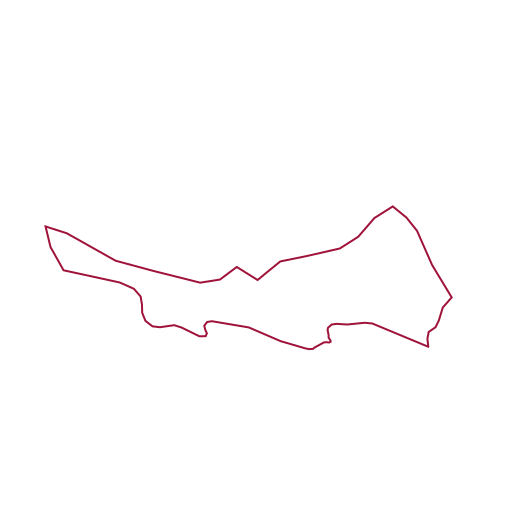 SVG path tracing the border of Moroto, rotated 122°
{"feature_id": "UGA-3127", "entity_name": "Moroto", "entity_type": "District", "adm_level": 1, "iso_a3": "UGA", "parent_name": "Uganda", "parent_adm1": "", "projection": "natural_earth1", "projection_center": [34.678, 2.605], "detail": "fine", "context": "isolated", "style": "outline", "palette": "rose", "viewbox_px": 512, "rotation_deg": 122, "n_neighbors": 0, "source": "natural_earth", "source_scale": "10m", "svg_char_len": 1020}
<svg xmlns="http://www.w3.org/2000/svg" viewBox="0 0 512 512"><g transform="rotate(122 256 256)"><path d="M241.7,61.9L251.6,121.6L255.0,128.4L265.8,142.4L270.9,151.8L274.0,155.5L278.7,156.9L280.8,156.1L284.6,152.5L286.0,151.7L286.8,151.0L288.3,147.9L289.2,147.3L290.5,148.0L291.2,149.4L291.8,150.7L292.5,151.4L293.1,152.5L302.7,157.9L304.5,158.4L306.9,161.7L308.2,165.2L315.2,190.1L320.4,224.3L334.7,258.9L337.9,262.5L342.6,262.9L345.4,260.0L347.6,256.7L350.7,256.2L354.1,261.5L356.1,281.2L358.0,288.7L367.3,299.7L370.5,306.5L369.6,315.4L364.5,322.4L357.7,326.9L351.5,332.4L348.5,342.2L350.7,357.6L363.9,394.4L370.1,411.6L357.3,435.0L342.5,450.1L337.0,428.6L334.4,372.5L322.9,334.7L312.9,303.8L308.2,289.2L295.1,274.1L275.5,266.5L275.5,241.9L264.0,238.1L247.7,232.5L229.7,213.5L205.2,188.9L185.5,179.5L161.0,175.7L141.5,166.3L143.7,148.7L149.3,132.8L170.3,101.9L187.4,68.1L200.8,70.3L213.7,66.8L221.2,66.0L228.9,69.3L235.3,66.8L241.4,62.0L241.5,61.9L241.7,61.9Z" fill="none" stroke="#9f1239" stroke-width="2"/></g></svg>